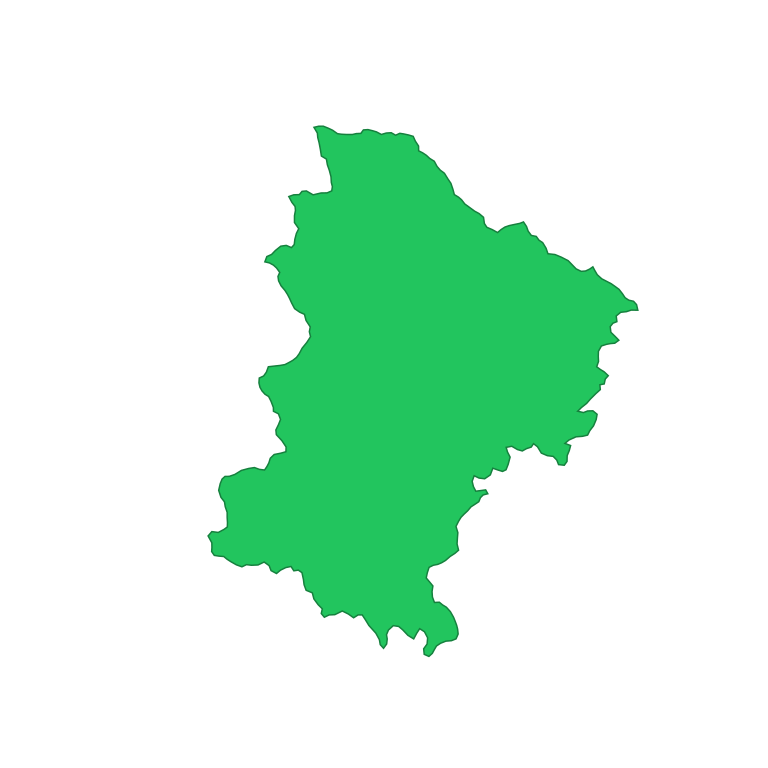 the district of Bom Sucesso, Minas Gerais, Brazil, rotated 318°
{"feature_id": "56859067B71909966942308", "entity_name": "Bom Sucesso", "entity_type": "district", "adm_level": 2, "iso_a3": "BRA", "parent_name": "Brazil", "parent_adm1": "Minas Gerais", "projection": "orthographic", "projection_center": [-44.79, -21.016], "detail": "fine", "context": "isolated", "style": "filled", "palette": "green", "viewbox_px": 768, "rotation_deg": 318, "n_neighbors": 0, "source": "geoboundaries", "source_scale": "gbopen_adm2", "svg_char_len": 4707}
<svg xmlns="http://www.w3.org/2000/svg" viewBox="0 0 768 768"><g transform="rotate(318 384 384)"><path d="M622.0,499.0L624.8,494.0L624.8,489.5L622.0,485.5L620.9,481.2L621.6,476.5L622.0,470.9L621.0,466.1L620.0,461.7L618.0,456.3L616.2,451.5L615.6,445.5L616.6,440.7L617.6,436.7L613.7,436.2L609.4,434.9L605.9,432.2L603.8,427.0L603.6,421.2L603.4,415.7L600.7,408.5L597.7,402.2L593.0,396.9L595.3,391.5L596.5,385.2L595.4,380.7L595.9,376.2L592.9,372.2L593.4,366.9L595.3,362.3L596.1,356.9L592.4,355.5L587.8,352.8L583.1,350.1L578.9,348.3L574.5,347.6L569.7,347.4L567.8,341.8L565.3,336.4L566.0,331.9L569.5,326.7L568.7,320.9L567.0,316.2L565.7,309.9L564.5,304.3L564.9,299.1L564.4,295.0L563.0,290.3L565.5,285.4L568.0,279.6L568.7,274.4L569.9,267.8L568.9,262.7L569.0,257.8L570.4,252.1L568.9,246.9L568.5,242.4L567.4,238.1L565.8,233.9L568.9,230.3L569.8,224.5L571.4,219.5L568.9,215.4L566.0,211.4L563.5,208.3L559.1,206.9L557.5,202.1L553.6,199.0L549.0,196.8L547.1,191.6L544.9,188.0L542.3,184.2L538.7,181.4L534.5,182.3L531.0,179.4L527.4,177.4L523.4,173.8L519.4,169.8L516.9,166.8L515.6,161.0L513.8,156.7L511.4,151.8L507.9,148.7L503.7,146.4L502.4,152.9L499.7,156.5L497.2,161.3L493.8,166.9L490.0,172.7L491.7,178.3L488.6,183.2L486.3,188.7L483.3,194.5L479.7,199.0L477.7,202.8L474.4,205.5L469.6,203.9L465.0,199.9L457.9,196.0L455.5,188.6L452.0,186.0L447.8,186.6L443.5,183.0L438.7,181.0L437.1,187.4L436.7,192.6L434.3,195.8L430.1,199.0L425.5,204.1L424.6,211.5L419.6,213.5L414.6,216.8L410.6,220.3L406.5,220.7L404.1,215.6L399.5,212.5L392.6,212.1L387.1,212.5L382.2,210.9L377.2,213.5L379.9,217.4L381.4,221.7L381.8,225.9L381.2,231.3L377.2,233.1L374.7,236.8L373.2,242.2L373.0,248.2L372.2,253.0L371.1,257.2L369.6,261.9L368.0,268.2L369.4,274.2L371.5,279.0L368.6,284.6L367.4,292.2L363.5,295.2L361.1,299.7L354.3,301.5L347.2,302.6L341.1,304.8L336.8,305.7L332.0,305.4L327.6,304.4L323.4,303.3L319.1,300.6L314.8,297.5L309.6,293.8L304.5,296.5L299.9,297.5L295.3,296.1L291.8,299.5L289.6,303.5L288.7,307.6L288.7,312.0L289.9,316.1L288.4,321.5L286.1,327.4L283.6,330.3L285.6,335.5L283.4,341.1L278.4,343.6L272.9,345.8L270.1,349.6L270.2,357.8L269.1,365.3L265.8,368.7L261.1,366.4L255.2,362.9L249.8,363.1L245.6,365.6L241.8,367.0L237.7,368.0L234.3,364.1L231.8,359.4L226.9,356.2L220.2,352.8L212.6,351.4L207.2,349.1L204.0,346.3L200.1,346.3L195.7,348.4L190.0,352.4L187.0,359.1L186.6,364.8L183.9,369.0L181.6,374.4L178.1,378.3L174.9,382.3L171.9,385.4L167.8,385.0L161.5,383.4L157.3,378.5L151.6,379.2L149.8,386.8L146.6,390.5L143.8,393.2L143.2,397.8L146.2,401.5L149.5,405.0L150.1,409.1L151.3,413.6L153.3,419.6L156.1,424.8L160.9,426.2L164.2,430.0L169.3,434.2L175.8,436.1L177.1,442.1L175.2,447.1L177.3,452.9L182.5,453.1L188.2,454.7L192.8,457.4L192.0,462.5L195.8,465.0L196.8,469.3L193.3,475.4L190.3,479.7L188.1,485.2L191.0,491.2L188.1,496.8L187.4,503.9L187.7,509.8L183.8,512.6L183.6,517.4L188.7,518.9L193.1,522.5L201.1,524.8L203.6,531.1L205.0,537.4L210.3,538.3L213.3,541.0L212.4,546.9L211.2,553.3L211.2,563.7L209.5,570.9L206.8,575.2L206.8,580.1L212.0,579.0L215.8,575.6L218.1,572.0L222.7,569.8L229.2,569.8L232.7,574.0L233.4,579.2L233.6,586.9L235.5,593.3L241.6,591.1L246.8,589.7L248.3,595.2L246.6,601.8L242.0,606.1L236.3,607.3L233.0,611.8L235.1,616.5L239.7,616.5L243.3,615.2L247.7,613.8L252.5,614.5L257.9,616.5L262.4,619.9L267.0,621.6L271.8,619.4L274.7,615.4L276.6,611.8L278.1,608.0L279.6,603.9L281.0,597.6L281.0,591.6L279.7,587.3L279.1,583.2L275.3,580.1L277.4,574.8L280.8,570.4L285.2,566.8L285.4,562.3L285.6,556.4L289.8,553.3L294.8,550.4L299.4,551.7L303.2,554.0L307.2,555.4L311.7,556.3L317.7,556.4L323.3,557.3L328.2,557.4L331.3,551.7L335.9,547.2L339.4,543.9L342.2,538.0L347.6,535.9L352.0,534.6L356.2,534.3L361.3,534.2L366.5,533.5L370.9,534.2L375.7,534.9L379.6,533.0L383.5,532.8L387.7,535.0L388.7,530.7L384.1,527.6L380.5,525.1L381.8,520.1L384.4,515.3L389.6,512.5L391.7,517.5L395.4,521.8L402.2,522.7L408.5,519.4L411.2,524.3L413.6,528.3L417.3,529.4L422.5,526.8L428.8,522.7L430.3,517.1L432.4,512.8L437.3,515.8L439.3,522.0L442.0,526.3L446.7,527.4L451.2,529.4L455.2,528.4L456.1,533.3L454.7,540.6L457.4,546.5L461.3,551.0L461.5,556.2L459.8,560.7L463.6,565.0L468.2,564.0L472.2,559.8L477.2,557.4L481.5,554.6L478.7,549.2L484.0,549.4L491.3,551.7L496.5,555.7L501.1,558.2L505.7,556.4L511.7,555.3L517.9,552.4L522.1,549.1L521.3,543.7L517.3,540.3L513.1,538.7L509.7,533.8L515.0,533.6L521.7,534.0L527.2,533.3L535.0,532.9L541.0,532.9L543.9,529.0L547.7,531.3L551.7,528.4L556.2,527.9L555.8,522.5L554.4,517.6L553.6,513.5L558.5,510.8L561.6,507.0L565.2,503.2L571.0,501.2L575.9,503.4L579.2,505.4L582.8,508.1L587.8,508.6L587.6,503.2L587.2,497.4L590.5,492.7L594.8,492.0L598.8,493.5L602.1,488.8L607.9,489.1L612.6,492.5L617.2,494.5L622.0,499.0Z" fill="#22c55e" stroke="#15803d" stroke-width="1.5"/></g></svg>